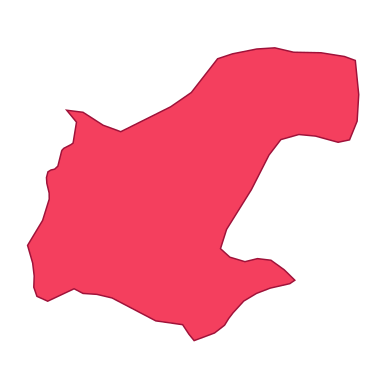 outline of Zondoma, rotated 183°
{"feature_id": "BFA-2818", "entity_name": "Zondoma", "entity_type": "Province", "adm_level": 1, "iso_a3": "BFA", "parent_name": "Burkina Faso", "parent_adm1": "", "projection": "equal_earth", "projection_center": [-2.349, 13.173], "detail": "fine", "context": "isolated", "style": "filled", "palette": "rose", "viewbox_px": 384, "rotation_deg": 183, "n_neighbors": 0, "source": "natural_earth", "source_scale": "10m", "svg_char_len": 968}
<svg xmlns="http://www.w3.org/2000/svg" viewBox="0 0 384 384"><g transform="rotate(183 192 192)"><path d="M321.4,267.1L305.0,265.9L284.2,254.0L266.3,248.5L217.9,275.9L197.9,291.3L173.4,326.4L158.8,332.1L134.8,338.2L116.8,340.3L97.8,336.9L70.5,337.8L46.8,335.3L35.8,331.9L30.6,298.0L30.8,271.4L37.4,252.3L48.7,249.3L71.6,254.3L88.3,255.0L106.0,249.0L117.0,233.0L132.8,197.5L155.5,156.5L160.6,136.9L150.8,128.9L135.5,125.2L123.1,128.9L109.6,128.0L95.8,119.1L84.7,109.3L89.5,105.6L108.9,100.1L122.3,94.1L134.6,85.8L144.7,73.5L148.8,67.5L152.5,60.7L162.1,52.4L182.1,43.7L187.6,49.8L194.4,59.0L221.4,61.4L266.3,82.0L281.6,84.8L295.5,85.0L304.7,89.2L330.4,75.4L341.4,79.7L345.0,88.6L345.2,99.9L347.4,112.7L353.4,130.1L339.7,155.8L334.2,177.4L334.6,183.5L337.4,193.0L338.1,198.8L336.9,204.6L334.0,206.6L330.4,207.6L327.3,210.8L324.3,226.2L323.8,227.2L322.2,229.0L315.3,233.0L313.3,234.7L311.0,255.7L321.4,267.1Z" fill="#f43f5e" stroke="#9f1239" stroke-width="1.5"/></g></svg>